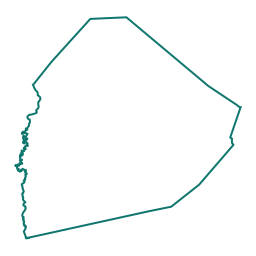 the district of Lunga, Luapula, Zambia
{"feature_id": "96606910B4218134786212", "entity_name": "Lunga", "entity_type": "district", "adm_level": 2, "iso_a3": "ZMB", "parent_name": "Zambia", "parent_adm1": "Luapula", "projection": "albers", "projection_center": [29.85, -11.571], "detail": "fine", "context": "isolated", "style": "outline", "palette": "teal", "viewbox_px": 256, "rotation_deg": 0, "n_neighbors": 0, "source": "geoboundaries", "source_scale": "gbopen_adm2", "svg_char_len": 5316}
<svg xmlns="http://www.w3.org/2000/svg" viewBox="0 0 256 256"><path d="M35.5,90.1L37.0,91.6L37.3,91.9L37.7,93.2L37.8,95.3L39.5,96.5L40.1,97.3L40.4,98.4L40.1,99.7L39.4,100.8L38.4,102.0L38.2,104.3L38.7,106.5L38.2,108.1L37.4,109.0L36.2,110.2L36.3,111.2L36.8,112.0L36.6,112.7L35.4,113.4L32.0,114.4L30.5,114.6L29.3,115.0L28.4,115.4L27.6,116.3L27.4,116.9L27.5,117.8L28.1,118.8L28.6,119.1L29.2,119.5L29.3,119.5L29.7,119.6L30.0,121.4L29.7,122.9L29.2,123.4L29.0,124.0L29.1,124.7L29.0,125.4L28.7,126.1L28.4,126.6L27.7,127.3L27.5,127.7L27.3,128.1L27.2,129.6L26.9,129.9L26.5,129.7L26.3,128.8L26.1,128.5L25.9,128.5L25.8,129.1L25.8,130.0L25.5,130.8L25.1,131.1L24.7,131.6L24.5,131.9L23.9,131.9L23.5,131.7L23.0,131.8L22.5,132.2L22.2,132.5L22.0,133.0L21.9,133.3L22.1,133.7L22.2,133.9L22.5,133.8L23.3,133.3L24.0,133.1L24.8,133.0L25.0,132.9L25.4,132.5L25.5,132.5L26.1,133.4L26.8,133.7L27.4,133.8L27.4,134.1L27.1,134.7L26.4,135.8L26.0,136.3L25.1,137.0L24.6,137.0L24.4,136.8L23.9,135.7L23.7,135.7L23.4,135.9L23.2,136.3L23.1,136.8L23.1,137.7L23.2,138.6L23.3,139.0L23.5,139.3L25.2,139.6L25.4,139.4L25.4,139.0L25.6,138.4L25.9,138.2L26.5,138.2L26.9,138.3L27.2,138.6L27.3,139.0L27.1,139.4L26.4,139.8L25.2,140.2L23.7,140.9L23.4,141.2L23.1,142.0L23.0,142.4L23.1,142.7L23.3,143.0L24.0,143.4L24.3,143.4L24.5,143.3L25.0,141.6L25.2,141.3L25.5,141.3L25.9,141.7L26.7,142.8L27.4,143.2L27.5,143.5L26.8,144.2L26.8,144.5L27.4,145.0L27.8,145.3L27.9,145.5L27.8,145.8L27.3,145.9L26.6,145.8L25.8,145.8L25.0,146.5L23.8,148.2L23.7,148.6L23.8,148.8L24.3,148.8L24.8,148.7L25.2,148.5L25.5,148.4L25.6,148.8L25.6,149.1L24.2,150.2L24.1,150.4L24.0,151.1L23.7,151.3L23.0,151.2L22.4,150.9L21.9,150.6L21.6,150.6L21.5,150.8L21.6,151.1L22.1,151.9L22.3,152.4L22.3,152.6L22.1,152.8L21.8,152.9L21.4,152.8L21.2,152.9L21.2,153.1L21.3,153.3L22.4,153.3L22.8,153.4L22.8,153.7L22.8,154.5L22.7,154.7L22.5,155.1L22.1,155.2L21.9,155.5L21.3,155.9L21.2,156.0L21.0,155.8L21.0,155.0L20.9,154.6L20.5,154.5L20.3,154.6L20.1,154.9L20.0,155.3L20.0,155.7L20.0,157.2L20.2,158.8L20.1,159.3L20.3,159.6L20.9,159.7L21.7,159.5L21.9,159.6L22.0,159.7L22.0,160.0L21.6,160.4L21.1,160.3L20.3,160.6L20.7,161.0L21.1,161.5L21.1,161.8L20.9,161.9L20.5,162.1L20.7,162.4L20.7,162.5L21.3,162.7L22.1,163.1L22.2,163.4L22.1,163.7L21.7,163.8L20.8,163.9L20.4,164.2L20.2,164.2L19.9,164.0L19.9,163.7L19.7,163.5L19.5,163.8L19.3,164.2L19.3,165.1L19.2,165.3L18.8,165.0L18.2,164.4L17.7,164.5L17.3,165.1L17.3,165.5L17.5,165.6L17.9,165.8L18.0,166.0L17.8,166.2L17.3,166.1L17.0,165.7L16.1,165.1L15.7,165.0L15.4,165.4L15.4,165.9L15.8,166.1L16.3,166.2L16.9,166.7L17.1,168.1L17.2,168.5L17.5,169.2L17.6,169.4L17.8,169.3L18.2,168.9L18.5,168.9L18.5,169.5L18.5,170.1L18.6,170.3L18.3,170.3L18.2,170.4L18.1,170.5L18.3,170.8L19.3,171.0L19.5,171.2L19.7,171.3L19.8,171.5L20.2,171.5L20.5,170.8L20.7,170.1L20.8,169.9L21.2,170.0L21.1,170.9L21.3,171.0L21.5,170.9L21.7,170.6L21.8,169.9L22.4,169.4L22.4,169.0L22.5,168.9L23.0,169.1L23.0,169.4L23.4,169.5L24.2,169.6L24.4,169.8L24.7,170.7L25.0,170.9L25.3,170.8L25.4,170.2L25.6,170.1L25.8,170.1L25.8,170.4L25.7,171.4L25.8,172.3L25.6,172.3L25.3,172.1L25.1,172.1L25.1,172.3L25.5,172.6L26.1,172.5L26.1,173.3L26.1,173.5L26.7,173.8L26.7,174.0L26.0,174.3L25.6,174.5L25.3,174.7L25.3,174.8L25.5,175.3L25.5,175.8L25.8,176.0L25.8,176.3L25.7,176.9L25.1,177.7L25.0,178.3L25.2,178.8L25.3,179.1L25.2,179.3L24.9,179.5L24.5,179.5L24.3,179.7L24.3,180.1L24.6,180.5L24.4,180.8L23.9,181.0L24.1,181.3L24.3,181.3L24.4,181.5L24.2,181.9L24.3,182.4L24.0,182.7L23.4,183.0L22.6,183.7L22.4,183.9L22.2,183.8L21.8,184.2L21.8,184.4L21.9,185.2L22.3,185.9L22.4,186.5L22.3,186.9L22.3,187.0L22.6,187.5L22.5,188.0L23.1,189.4L23.0,189.7L23.4,190.5L23.6,191.1L23.8,191.4L23.5,192.1L23.3,192.4L23.0,192.6L23.0,192.8L23.0,193.2L22.9,193.3L22.4,193.5L22.3,193.9L22.3,194.1L22.2,194.4L22.3,194.8L22.7,195.4L22.8,196.0L22.8,196.6L22.6,197.0L23.0,197.4L23.3,197.8L23.3,198.0L23.1,198.4L23.0,198.7L23.0,199.6L23.1,199.8L23.5,200.3L23.9,200.9L24.2,201.1L24.5,201.3L24.8,202.0L25.2,202.2L25.3,202.4L25.2,202.5L24.9,202.5L24.4,202.8L23.9,203.4L23.5,204.2L23.4,204.8L23.4,205.1L23.7,205.5L23.9,205.7L24.6,205.9L24.7,206.2L25.4,206.7L25.5,207.0L25.4,207.5L25.7,208.0L25.6,208.7L25.3,209.4L25.1,209.6L24.6,210.7L23.8,211.7L23.2,212.5L22.3,214.6L22.3,215.1L22.4,216.3L22.8,216.8L23.1,216.8L23.3,216.9L23.2,217.1L23.4,217.3L23.4,217.6L23.6,217.9L23.6,218.3L23.4,218.3L23.0,218.5L22.9,218.7L23.1,219.0L23.3,219.3L23.5,219.1L23.6,219.4L23.6,219.6L23.4,219.7L23.3,219.8L23.3,220.1L23.5,220.2L23.4,220.5L23.6,220.9L24.0,221.2L24.2,221.4L24.1,221.8L23.9,221.9L23.8,222.0L23.9,222.5L23.8,222.9L23.8,223.3L23.7,223.6L23.9,223.9L24.1,224.2L23.9,224.7L24.0,224.9L24.2,225.5L25.1,225.5L25.4,225.7L25.5,226.0L25.3,226.2L25.3,226.4L25.8,226.5L25.9,226.8L25.4,227.1L25.4,227.5L25.6,228.0L25.3,229.1L23.8,231.5L25.3,235.4L26.1,238.7L26.3,237.9L26.5,237.8L26.6,238.3L26.9,238.4L27.0,238.3L27.0,238.2L26.8,238.0L26.9,237.8L27.3,238.0L27.6,238.0L27.5,237.9L149.1,211.2L171.2,206.7L199.1,184.7L233.4,144.9L233.0,144.1L232.9,144.0L232.4,143.7L232.3,143.3L232.0,142.9L232.0,141.9L231.9,141.0L231.8,140.2L232.0,139.4L232.1,138.9L231.8,138.5L231.3,138.2L230.7,138.0L230.3,137.3L240.6,107.2L240.2,107.2L239.0,106.7L238.8,106.7L237.0,105.1L208.2,85.9L126.4,17.3L90.3,18.9L51.4,61.9L33.3,84.6L33.0,84.7L34.2,87.8L35.5,90.1Z" fill="none" stroke="#0f766e" stroke-width="2"/></svg>